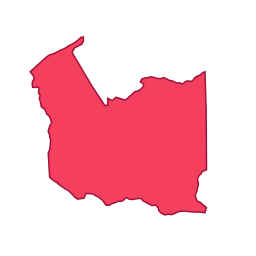 outline of Ibicuitinga, Ceará, Brazil, rotated 259°
{"feature_id": "56859067B26407679214114", "entity_name": "Ibicuitinga", "entity_type": "district", "adm_level": 2, "iso_a3": "BRA", "parent_name": "Brazil", "parent_adm1": "Ceará", "projection": "natural_earth1", "projection_center": [-38.546, -4.981], "detail": "fine", "context": "isolated", "style": "filled", "palette": "rose", "viewbox_px": 256, "rotation_deg": 259, "n_neighbors": 0, "source": "geoboundaries", "source_scale": "gbopen_adm2", "svg_char_len": 2052}
<svg xmlns="http://www.w3.org/2000/svg" viewBox="0 0 256 256"><g transform="rotate(259 128 128)"><path d="M72.0,197.1L131.5,208.3L134.3,208.7L168.6,214.3L168.0,211.6L166.1,208.6L165.6,205.5L164.2,202.5L162.4,200.8L161.6,198.2L162.8,196.2L162.7,193.6L161.6,191.6L161.0,189.3L162.5,187.3L163.1,183.8L165.4,181.1L167.1,177.3L169.1,175.0L170.8,172.6L170.1,169.7L171.1,166.2L172.5,163.6L173.8,160.5L173.7,157.1L173.9,154.0L173.4,150.8L170.8,148.9L168.7,151.3L166.1,151.4L163.7,148.0L162.6,145.3L162.2,141.0L160.4,138.6L158.8,135.7L157.0,132.9L156.0,130.5L160.5,122.0L157.9,117.9L161.0,113.7L157.6,113.2L154.4,112.5L154.4,109.6L175.5,100.8L190.3,95.5L199.8,92.2L207.6,89.3L212.9,87.6L214.8,89.0L217.0,91.2L217.8,94.0L218.3,96.4L219.6,99.3L222.0,100.8L225.9,101.6L226.0,99.2L223.7,95.5L222.1,92.0L221.0,89.1L220.1,85.5L218.8,82.8L217.9,80.0L217.3,76.6L216.0,72.2L215.1,69.0L214.8,65.2L213.5,62.0L201.9,42.7L200.0,43.5L198.0,44.9L194.3,45.4L191.7,43.0L189.5,42.4L186.2,42.1L185.4,45.0L185.3,47.7L183.0,48.3L180.9,47.1L178.7,46.9L176.7,48.1L174.0,46.5L170.5,47.0L168.0,47.0L165.4,46.9L163.7,48.5L161.9,49.9L159.8,50.6L157.3,50.9L154.6,52.9L151.0,53.8L147.6,53.9L145.2,51.8L142.4,50.2L139.7,49.0L136.6,49.6L133.9,49.5L130.6,49.7L127.8,48.8L124.2,47.9L121.4,46.8L118.5,44.9L94.7,41.7L92.8,43.0L89.9,45.6L88.0,47.7L85.1,50.0L82.4,52.6L79.9,55.1L78.4,57.1L75.9,59.0L73.0,60.9L70.3,62.5L67.7,65.1L67.7,68.7L67.4,71.1L69.2,72.7L71.8,74.0L70.2,80.5L67.7,83.4L65.7,86.0L62.1,89.1L56.5,91.7L55.7,94.5L56.7,97.6L57.1,100.5L58.0,104.4L57.3,107.3L57.9,109.9L60.1,112.8L57.7,115.8L57.0,118.5L56.9,121.3L56.8,125.0L56.1,127.7L53.5,128.9L49.9,133.5L47.3,136.6L47.0,140.6L44.0,142.3L40.6,142.6L38.3,144.2L35.7,147.4L35.6,151.8L34.6,154.3L35.2,157.5L36.1,161.0L36.1,164.1L35.9,166.6L33.6,174.0L31.4,184.0L30.0,187.2L35.0,189.8L37.1,188.1L39.2,186.3L41.5,184.5L42.9,182.1L46.1,181.5L48.8,181.0L50.6,182.1L52.6,183.5L56.2,184.9L59.2,186.4L61.6,186.6L63.9,186.3L65.9,187.1L67.8,188.9L69.2,191.0L71.2,192.7L72.0,197.1Z" fill="#f43f5e" stroke="#9f1239" stroke-width="1.5"/></g></svg>